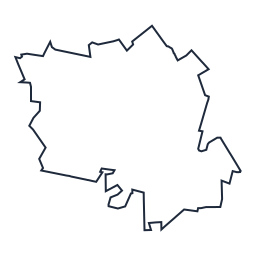 the district of Imuris, Sonora, Mexico
{"feature_id": "50627088B72229722954939", "entity_name": "Imuris", "entity_type": "district", "adm_level": 2, "iso_a3": "MEX", "parent_name": "Mexico", "parent_adm1": "Sonora", "projection": "mercator", "projection_center": [-110.696, 30.837], "detail": "fine", "context": "isolated", "style": "outline", "palette": "slate", "viewbox_px": 256, "rotation_deg": 0, "n_neighbors": 0, "source": "geoboundaries", "source_scale": "gbopen_adm2", "svg_char_len": 2247}
<svg xmlns="http://www.w3.org/2000/svg" viewBox="0 0 256 256"><path d="M15.4,57.1L18.3,64.4L24.6,79.3L20.2,82.2L26.3,82.5L26.6,82.5L30.0,82.8L31.0,86.8L31.0,101.1L40.1,102.3L39.8,110.8L33.5,117.8L32.7,119.3L29.3,125.8L33.0,129.5L45.6,147.6L39.2,158.9L43.0,168.0L41.3,170.5L66.8,175.6L69.1,175.9L69.5,176.0L70.2,176.2L71.0,176.5L84.9,179.4L85.0,179.4L87.6,180.0L87.8,180.0L88.9,180.2L91.1,180.7L91.4,180.8L96.2,181.8L102.4,172.3L100.2,171.8L101.7,168.5L108.8,169.5L114.5,170.2L112.7,173.3L107.1,174.4L105.6,174.3L105.8,191.2L117.4,185.0L122.0,190.6L117.6,194.6L110.6,197.4L108.5,204.6L108.6,206.2L117.9,208.5L125.2,206.4L130.9,193.5L132.4,193.2L132.3,189.6L143.7,192.6L143.8,199.7L144.5,230.2L151.0,230.0L148.9,223.0L155.9,222.4L161.3,222.1L161.4,229.5L164.9,226.3L168.0,223.6L184.1,209.5L197.4,211.3L198.1,208.1L201.2,208.1L205.9,207.1L220.3,207.0L221.1,203.5L222.1,199.0L221.7,184.7L221.6,180.6L229.5,183.6L232.7,171.1L236.5,172.1L238.4,172.2L240.0,172.0L239.9,171.4L240.6,170.9L235.2,161.9L230.4,154.0L229.8,153.1L221.2,139.0L220.6,137.9L220.5,137.7L217.2,137.7L209.1,142.5L207.8,144.1L206.3,149.8L201.4,151.3L199.1,150.5L198.2,148.8L202.5,131.3L199.0,130.7L201.0,124.1L207.1,103.1L208.4,99.4L208.8,96.6L205.1,95.2L198.2,75.3L208.6,69.2L203.3,63.3L201.4,61.3L191.5,50.3L186.3,55.5L177.7,60.4L177.4,59.8L177.2,59.5L176.8,58.7L176.7,58.6L176.7,58.4L176.5,58.1L176.4,58.0L176.3,57.8L176.2,57.6L176.1,57.4L176.0,57.1L175.7,56.7L175.6,56.2L175.4,55.7L175.2,55.4L175.1,55.2L174.9,54.9L174.8,54.7L174.7,54.6L174.6,54.4L174.6,54.2L174.6,53.9L174.4,53.7L174.2,53.4L174.0,53.2L173.9,53.2L173.7,53.0L173.6,52.9L173.6,52.7L173.5,52.3L173.4,52.0L173.2,51.6L173.1,51.2L172.9,50.9L172.7,50.3L172.5,49.9L172.4,49.6L172.3,49.3L172.2,49.1L172.0,48.9L171.9,48.7L171.7,48.4L171.3,48.2L171.0,48.0L170.7,47.8L170.4,47.7L170.0,47.5L169.6,47.2L169.1,46.9L168.7,46.6L168.4,46.5L168.3,46.4L168.2,46.4L167.7,46.3L167.4,46.3L167.2,46.3L167.0,46.2L166.9,46.2L166.7,46.1L162.3,40.1L152.0,25.8L132.2,41.5L133.1,44.5L126.9,50.6L118.9,39.5L118.4,39.7L117.6,40.0L113.4,41.3L98.1,44.5L92.2,42.4L88.8,45.1L90.4,56.9L55.3,49.6L51.9,47.1L50.2,41.8L44.4,53.1L43.0,56.1L32.8,54.6L27.0,53.7L21.3,54.6L22.0,56.6L20.0,58.2L15.4,57.1Z" fill="none" stroke="#1e293b" stroke-width="2"/></svg>